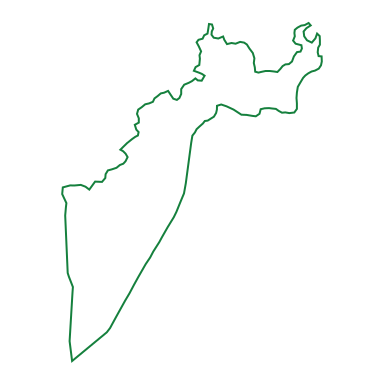 outline of Pindaré-Mirim, Maranhão, Brazil
{"feature_id": "56859067B48073775687660", "entity_name": "Pindaré-Mirim", "entity_type": "district", "adm_level": 2, "iso_a3": "BRA", "parent_name": "Brazil", "parent_adm1": "Maranhão", "projection": "natural_earth1", "projection_center": [-45.393, -3.706], "detail": "fine", "context": "isolated", "style": "outline", "palette": "green", "viewbox_px": 384, "rotation_deg": 0, "n_neighbors": 0, "source": "geoboundaries", "source_scale": "gbopen_adm2", "svg_char_len": 2499}
<svg xmlns="http://www.w3.org/2000/svg" viewBox="0 0 384 384"><path d="M102.0,181.9L95.1,181.6L89.3,189.6L85.5,186.7L80.8,184.9L74.3,185.5L70.2,185.4L62.8,187.4L62.2,194.1L66.4,203.1L65.9,207.4L65.2,215.5L67.7,273.0L68.9,276.7L72.9,287.0L72.5,292.6L69.6,341.2L72.1,361.0L106.8,332.3L110.1,328.0L112.3,323.9L116.4,316.4L125.1,300.7L129.5,293.3L134.1,284.6L138.3,277.0L145.7,264.1L150.2,257.4L153.3,251.5L159.3,242.1L161.9,237.3L167.6,227.3L170.6,222.4L173.8,217.2L176.4,211.9L180.0,203.0L181.7,198.9L184.0,193.4L185.8,183.3L191.2,142.8L192.4,135.6L194.9,132.5L196.6,129.2L199.5,126.5L202.9,123.5L204.8,121.0L207.7,120.6L210.7,118.7L213.9,116.7L216.1,113.0L216.9,109.6L217.0,105.8L221.2,104.5L226.5,106.3L233.6,109.6L241.4,114.7L246.5,114.9L252.5,115.9L255.8,116.3L259.5,113.8L260.7,109.2L264.6,108.3L269.0,108.1L272.1,108.5L275.9,108.9L278.7,110.9L282.0,112.7L285.3,112.4L289.3,113.1L294.3,112.5L296.9,108.9L296.9,103.4L296.5,98.0L296.9,92.6L297.8,86.9L300.3,82.6L303.1,77.9L305.3,75.5L308.3,73.3L311.6,71.5L315.0,70.6L318.8,68.6L321.0,65.3L321.8,61.5L321.6,56.4L318.6,56.1L317.7,52.3L318.2,47.6L319.9,44.7L319.9,40.5L319.7,36.1L317.1,33.6L315.4,38.4L311.8,42.6L307.0,40.3L304.2,36.3L303.6,31.5L306.4,28.2L310.7,25.4L308.6,23.0L304.7,25.1L301.2,25.6L297.5,27.6L294.8,29.8L294.4,33.0L294.8,36.3L293.1,40.6L295.6,43.7L298.6,44.5L301.4,45.2L301.9,48.5L300.5,51.6L297.0,52.1L293.9,56.4L292.0,61.5L288.9,64.1L285.4,64.4L282.6,66.1L280.3,69.0L277.4,72.0L274.1,71.5L269.8,71.0L265.5,71.0L261.3,71.9L258.5,72.6L255.2,71.7L254.8,67.3L253.8,63.0L254.4,58.3L252.8,53.0L249.4,48.5L246.9,44.5L244.1,42.6L240.1,41.9L235.6,43.7L231.5,43.0L227.0,44.1L224.3,39.8L223.1,36.5L218.3,38.5L213.7,37.7L211.5,34.7L211.8,31.4L213.2,28.5L212.0,24.5L209.0,24.0L208.3,28.8L207.5,33.6L204.2,35.3L202.6,38.7L198.5,39.8L196.6,42.3L198.8,46.4L201.1,51.4L199.5,55.2L199.9,58.7L199.3,65.0L195.6,67.1L193.9,70.8L198.8,72.6L201.9,73.9L204.6,75.7L201.7,80.7L197.8,80.4L195.4,78.4L192.0,81.1L188.8,82.8L184.2,84.7L181.2,89.1L181.2,94.0L179.4,98.0L176.9,99.9L173.3,98.7L170.6,94.7L168.1,90.9L164.1,92.7L160.8,93.4L157.6,96.1L154.5,98.4L152.9,101.8L149.1,103.4L145.2,104.3L141.7,107.2L138.2,109.6L137.0,113.9L138.8,118.3L138.8,122.6L134.8,124.8L136.3,129.6L138.6,132.1L137.9,135.5L135.3,136.8L132.2,139.0L127.2,143.0L123.3,146.8L120.4,149.7L123.1,151.2L125.6,153.7L127.6,157.1L125.5,161.3L123.3,163.7L119.9,165.0L116.5,167.8L111.7,169.4L107.9,170.4L105.6,174.2L105.3,178.0L102.0,181.9Z" fill="none" stroke="#15803d" stroke-width="2"/></svg>